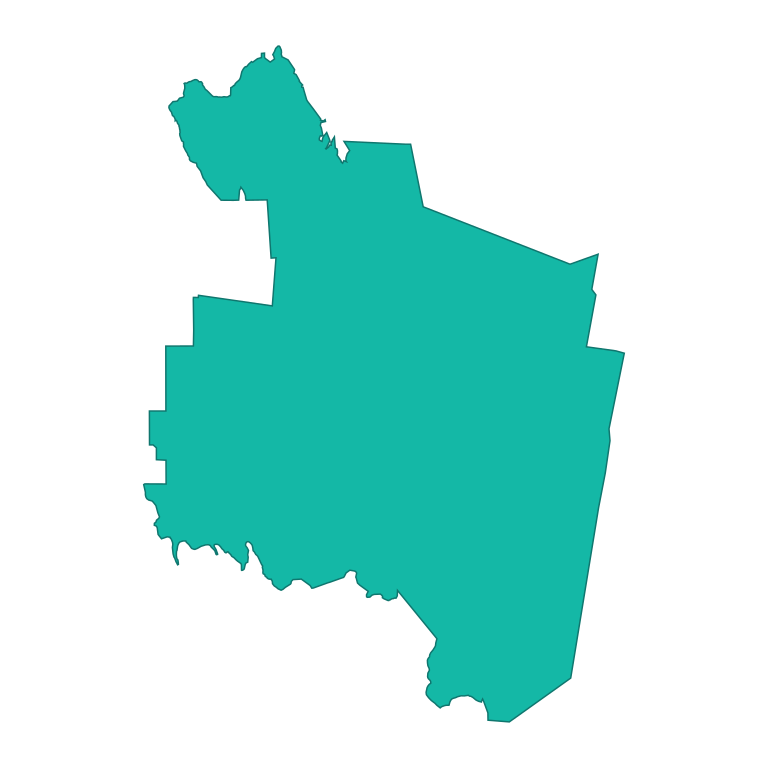 Gómez Farías, Chihuahua, Mexico (Equal Earth projection)
{"feature_id": "50627088B93655982801806", "entity_name": "Gómez Farías", "entity_type": "district", "adm_level": 2, "iso_a3": "MEX", "parent_name": "Mexico", "parent_adm1": "Chihuahua", "projection": "equal_earth", "projection_center": [-107.821, 29.346], "detail": "fine", "context": "isolated", "style": "filled", "palette": "teal", "viewbox_px": 768, "rotation_deg": 0, "n_neighbors": 0, "source": "geoboundaries", "source_scale": "gbopen_adm2", "svg_char_len": 6038}
<svg xmlns="http://www.w3.org/2000/svg" viewBox="0 0 768 768"><path d="M598.1,254.2L570.0,264.2L423.2,206.8L410.6,144.2L405.4,144.2L344.0,141.4L349.7,150.6L347.3,153.7L346.6,155.9L346.0,157.9L345.9,161.0L346.3,161.6L343.8,160.7L342.6,163.2L341.1,161.9L341.3,161.7L341.0,160.8L337.0,155.0L337.4,153.9L337.5,150.9L337.1,149.1L336.9,148.8L335.3,148.1L334.4,136.9L332.3,140.2L332.1,141.6L330.9,142.0L331.2,145.2L329.7,145.1L328.6,147.1L326.1,149.0L325.7,148.5L326.3,148.2L329.9,140.5L326.7,132.5L323.5,136.5L322.8,137.9L322.0,141.4L320.8,140.9L319.3,139.9L319.3,138.3L320.3,135.9L320.8,135.6L321.7,136.1L322.8,135.2L321.4,128.1L320.3,125.5L320.9,122.6L325.5,121.5L325.1,119.7L323.2,121.1L322.2,120.6L321.2,120.7L320.4,120.2L320.8,119.2L320.7,119.0L313.3,108.9L307.5,101.3L306.7,99.9L304.0,90.7L303.1,87.3L301.8,87.2L301.7,85.7L302.6,85.0L299.4,81.5L299.6,81.3L299.0,79.8L296.1,74.6L293.8,73.3L294.6,69.8L294.2,69.0L288.1,59.9L281.8,56.7L281.7,55.5L281.2,54.2L281.5,52.7L281.3,50.2L279.9,46.8L279.2,46.1L278.0,46.1L275.7,48.4L274.5,51.5L272.8,54.7L273.7,56.1L274.5,59.0L270.2,62.1L265.1,58.3L264.5,57.2L264.5,53.1L261.5,53.4L261.4,57.6L257.5,58.7L252.6,62.3L251.5,61.6L248.7,64.1L246.6,66.7L245.5,66.7L244.5,67.4L243.1,69.3L241.8,71.8L240.7,76.6L240.3,78.0L239.6,79.4L238.8,80.4L237.0,81.9L235.3,83.6L234.7,85.1L234.2,85.6L233.7,85.5L232.4,86.8L230.8,87.7L230.6,95.0L230.3,95.7L229.7,95.6L227.9,96.8L226.4,97.0L224.0,96.7L221.5,97.2L219.6,97.0L218.6,97.1L216.6,96.6L213.9,96.7L212.6,96.2L206.8,90.4L205.3,89.3L203.8,86.5L202.8,85.4L202.5,84.8L202.6,83.7L201.7,82.2L201.0,81.7L199.0,81.8L198.1,80.7L197.0,79.9L195.9,79.6L194.7,79.7L192.2,80.7L191.2,81.4L189.8,81.6L188.8,81.9L186.7,83.2L185.0,83.0L184.1,83.5L184.5,84.3L184.7,85.5L184.8,88.3L183.7,92.4L183.5,93.7L184.1,95.5L183.8,96.6L183.2,97.2L179.5,98.2L177.4,101.0L176.0,101.3L173.0,101.6L169.1,105.9L168.9,107.4L169.2,108.6L170.1,110.4L171.4,112.0L172.5,115.6L173.8,116.4L175.1,118.9L175.2,120.8L175.9,120.2L176.6,120.8L177.2,121.9L177.3,122.8L179.1,125.6L179.0,126.5L179.3,127.0L179.7,129.6L180.0,129.9L179.9,130.8L180.1,132.6L179.7,133.6L179.9,135.6L181.6,140.5L182.1,141.2L182.8,141.5L183.5,142.1L183.4,143.3L183.6,144.3L183.5,146.4L185.7,150.8L187.4,153.5L187.8,155.0L189.3,157.1L189.5,158.0L189.4,159.2L189.9,160.2L190.5,160.9L193.2,162.3L196.5,163.2L197.1,166.3L200.6,170.9L203.1,177.8L205.8,181.7L207.3,185.0L221.1,200.2L233.5,200.3L238.7,200.1L239.5,190.5L239.6,189.8L240.4,188.9L240.9,187.2L243.3,190.4L244.8,193.7L245.5,196.0L245.6,198.4L246.0,200.2L267.2,199.9L271.1,258.1L276.0,257.8L272.3,305.9L198.5,295.3L198.3,297.5L193.4,297.4L193.3,299.3L193.7,330.2L193.4,346.0L165.8,346.1L165.9,411.0L149.4,411.0L149.5,444.9L153.1,444.9L156.4,447.8L156.4,459.7L166.0,460.2L166.1,484.0L145.6,483.9L144.5,484.0L143.7,484.6L145.4,492.2L145.4,494.8L145.8,496.8L146.8,498.7L148.8,500.1L151.1,500.7L152.4,501.2L155.9,505.5L157.9,512.9L159.5,516.9L158.7,518.4L156.5,520.2L156.0,522.0L154.4,523.3L154.3,525.3L156.2,526.0L157.2,527.6L158.1,534.5L161.5,538.8L167.2,536.8L170.2,537.3L170.4,538.3L170.8,538.4L171.5,539.7L172.5,542.3L172.8,544.3L172.4,547.5L173.1,553.9L174.0,557.1L174.7,558.1L176.1,562.0L176.5,562.5L177.6,564.8L178.4,564.4L178.3,562.7L177.9,560.0L176.9,558.7L176.7,557.7L176.4,555.8L176.4,553.3L176.5,551.4L177.0,550.3L177.6,546.2L178.0,544.9L179.0,542.9L180.1,541.9L182.9,541.0L185.8,541.0L186.2,542.1L188.9,544.6L191.5,548.2L192.1,548.6L194.1,549.3L195.1,549.3L197.4,548.4L201.1,546.3L204.3,545.3L205.6,544.9L208.2,544.7L209.5,545.1L210.3,545.6L211.3,547.2L213.2,549.0L214.8,550.7L216.1,554.4L216.6,554.7L217.6,554.4L217.6,553.9L216.0,549.5L214.2,546.5L214.1,545.4L214.3,544.8L214.8,544.5L215.9,544.3L217.1,544.3L218.7,544.8L220.6,546.8L221.9,548.7L223.6,550.2L224.8,552.2L225.5,552.7L226.4,552.7L227.0,552.3L227.2,551.8L228.0,551.8L229.1,553.1L230.9,554.7L231.1,555.4L231.9,556.4L234.0,557.7L235.9,559.7L237.5,561.1L240.9,563.5L241.4,564.8L241.5,570.2L241.8,570.4L242.7,570.2L243.9,569.4L244.3,568.6L245.2,564.6L245.6,563.7L246.2,562.8L247.7,562.2L248.2,557.2L247.7,554.7L248.5,550.5L247.1,547.7L245.8,546.0L245.5,544.9L245.9,543.1L246.5,542.3L247.1,541.8L248.0,541.6L248.6,541.7L250.2,542.8L251.4,544.1L252.2,545.3L252.4,546.1L252.9,548.5L253.0,549.9L253.2,550.8L254.3,551.8L255.8,554.5L256.4,554.9L257.7,556.2L261.7,564.7L262.5,565.7L262.6,566.3L262.3,567.2L263.0,570.0L262.9,573.0L263.3,573.9L264.6,574.4L265.3,576.4L266.8,577.3L267.1,578.0L267.8,578.5L268.4,578.9L269.8,579.2L271.2,579.2L271.4,579.9L272.0,580.4L272.4,582.1L272.5,583.7L274.2,585.9L276.3,587.3L278.0,588.8L281.1,590.2L282.9,589.4L285.4,587.3L290.5,584.1L291.0,583.3L291.3,581.4L293.0,579.6L301.3,579.1L310.1,585.5L311.8,588.2L313.4,588.0L327.8,582.8L329.6,582.3L341.4,578.1L343.6,577.4L344.3,576.5L346.1,572.9L349.8,570.2L354.5,571.0L355.6,571.5L356.5,572.7L356.6,573.4L355.8,577.1L356.3,578.3L357.5,583.0L359.7,585.1L368.2,591.3L366.5,594.8L366.6,596.8L367.3,597.3L369.9,597.1L372.1,595.1L374.2,594.4L380.3,594.1L381.7,595.1L382.4,596.1L382.6,596.9L382.4,597.7L384.0,598.8L388.0,600.5L388.9,600.5L389.3,600.0L390.4,599.8L391.1,599.2L392.0,598.7L393.1,598.7L394.3,598.1L396.1,598.1L397.3,595.8L397.5,590.4L436.9,638.7L435.8,643.0L435.5,645.7L435.0,646.8L433.0,650.0L430.7,652.8L429.8,654.7L429.6,655.6L429.5,656.9L428.5,658.0L427.8,659.1L427.4,660.3L427.5,663.0L427.9,665.7L429.2,668.6L429.4,670.3L427.9,673.1L427.6,676.5L427.8,677.6L428.4,678.7L430.2,680.5L430.7,681.7L430.8,683.2L429.2,684.4L428.0,685.9L427.1,687.6L426.1,692.3L426.4,694.7L428.6,697.7L431.3,700.5L435.0,703.3L436.9,705.3L440.2,707.9L441.6,706.7L444.3,705.7L446.0,705.3L449.0,705.2L449.9,702.0L450.8,700.2L451.7,699.1L453.0,698.4L455.7,697.6L457.6,696.7L461.1,695.8L464.2,695.9L468.4,695.3L469.4,696.1L470.9,696.3L473.1,697.6L475.8,699.9L477.3,700.7L478.9,701.4L481.4,702.0L481.6,701.0L482.6,699.0L483.8,701.7L487.9,712.9L488.0,720.2L509.3,721.9L570.7,678.1L598.6,507.6L605.3,472.9L610.0,440.7L609.0,428.8L624.3,353.2L616.0,350.9L586.4,346.8L595.9,294.9L591.8,289.4L598.1,254.2Z" fill="#14b8a6" stroke="#0f766e" stroke-width="1.5"/></svg>